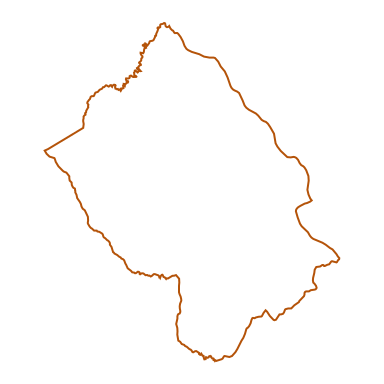 Marara, Tete, Mozambique
{"feature_id": "85939544B55684561557182", "entity_name": "Marara", "entity_type": "district", "adm_level": 2, "iso_a3": "MOZ", "parent_name": "Mozambique", "parent_adm1": "Tete", "projection": "equal_earth", "projection_center": [33.163, -16.054], "detail": "fine", "context": "isolated", "style": "outline", "palette": "amber", "viewbox_px": 384, "rotation_deg": 0, "n_neighbors": 0, "source": "geoboundaries", "source_scale": "gbopen_adm2", "svg_char_len": 5875}
<svg xmlns="http://www.w3.org/2000/svg" viewBox="0 0 384 384"><path d="M44.7,150.6L46.6,153.8L49.5,156.6L54.4,158.1L55.0,159.4L55.7,161.8L58.4,166.3L62.7,170.7L63.8,171.6L66.4,172.6L69.3,176.3L69.3,178.2L69.7,180.6L71.6,182.5L71.8,184.9L72.6,186.7L73.5,187.9L74.7,188.4L75.0,188.9L75.1,190.5L75.3,190.8L75.3,192.4L76.5,194.8L77.2,198.1L79.9,202.0L80.9,204.0L81.5,206.5L82.7,208.7L84.7,210.2L85.1,210.9L87.9,216.8L88.1,220.5L87.8,222.7L87.9,223.6L89.6,226.5L90.8,227.9L92.0,228.6L94.1,230.6L96.7,230.6L97.4,231.5L99.3,231.8L102.3,233.7L102.9,234.8L103.4,236.7L103.9,237.4L105.2,238.2L107.2,240.2L108.2,240.7L109.5,242.2L109.9,243.2L109.9,244.7L111.5,246.9L113.1,252.2L113.9,252.6L114.4,253.5L117.2,255.0L119.3,256.8L120.6,257.4L121.4,258.6L122.7,259.0L123.6,259.7L124.2,260.4L125.4,263.6L126.1,264.7L127.7,268.3L131.1,270.9L132.2,272.3L134.2,272.6L134.9,273.2L135.8,273.2L137.9,271.7L138.9,271.9L139.6,272.6L139.6,273.9L140.1,274.3L141.5,273.4L142.5,273.3L143.5,273.5L145.5,275.2L147.2,275.0L148.3,275.7L149.5,275.6L150.7,276.5L151.7,276.0L153.7,274.2L154.8,274.1L158.4,275.4L159.1,276.2L159.3,277.3L159.7,277.2L160.1,277.9L160.7,276.1L161.7,274.9L162.3,274.7L162.6,274.9L163.6,277.0L164.7,277.3L166.1,279.0L166.6,278.3L167.9,278.5L172.4,275.8L174.1,275.7L176.0,275.1L179.1,278.7L179.3,282.6L179.0,285.8L179.0,292.3L179.6,294.3L180.6,296.5L181.2,299.1L181.3,300.7L180.1,303.7L179.7,306.2L179.8,308.3L180.3,310.9L180.3,312.0L179.7,313.5L178.2,314.2L177.8,314.9L177.4,316.3L177.4,318.6L176.2,324.0L177.3,327.9L177.5,331.5L177.3,334.6L178.3,340.6L180.2,341.8L181.7,344.0L184.2,344.9L185.2,346.1L186.7,346.7L189.5,349.2L190.5,349.5L191.4,350.3L192.5,352.1L193.2,352.3L195.2,351.2L196.3,351.1L199.1,352.9L198.9,353.6L199.1,354.1L199.9,354.2L200.2,354.9L200.5,354.9L201.3,353.7L202.6,355.8L203.5,355.8L203.7,356.1L203.7,357.6L204.3,359.3L204.8,359.3L205.2,358.6L205.7,358.8L206.1,357.2L207.7,357.8L208.6,357.3L209.1,356.3L209.5,356.1L210.3,356.5L210.7,356.1L211.2,356.6L211.4,357.5L212.4,358.6L213.2,358.4L213.6,358.6L213.9,359.2L213.7,360.1L214.4,360.2L214.9,361.0L215.5,360.3L216.3,360.9L221.7,359.2L222.6,358.6L224.0,356.3L224.6,356.0L229.4,357.0L232.0,356.0L235.4,352.2L237.4,348.9L241.5,340.7L243.3,337.9L245.0,333.8L246.3,329.2L246.8,328.3L247.7,327.8L249.1,326.2L250.6,323.3L251.5,319.9L252.3,318.2L252.9,317.9L254.7,318.2L255.8,317.5L258.4,316.8L261.4,316.5L261.9,316.1L263.6,312.9L265.6,310.3L267.1,311.7L269.8,315.9L273.6,319.9L274.5,320.2L276.0,319.7L279.5,314.4L281.0,314.4L283.0,313.8L284.0,312.4L285.0,309.7L285.5,309.2L288.0,308.5L291.3,308.4L294.3,305.3L298.9,302.1L299.3,301.0L304.0,296.1L304.5,294.5L304.5,293.0L305.1,291.9L306.1,291.4L308.9,291.4L310.8,290.2L314.7,289.6L315.6,289.3L316.4,288.4L316.6,287.7L316.0,285.8L314.5,283.7L313.3,282.6L312.9,280.3L313.1,277.9L314.3,272.9L314.7,269.7L316.3,267.0L320.1,266.5L322.3,265.0L323.5,265.1L324.1,266.0L324.8,266.0L327.2,264.8L329.2,264.3L331.1,261.7L332.0,261.2L336.5,262.4L337.0,262.0L338.1,260.1L339.1,259.3L339.3,258.1L337.8,256.4L336.5,254.2L332.5,249.4L330.0,248.0L325.7,244.7L322.4,242.7L313.3,238.9L311.4,237.5L309.9,235.7L307.9,232.2L301.7,226.3L300.0,223.7L297.7,217.5L295.9,211.3L296.1,209.9L296.8,208.6L298.2,207.2L300.5,205.8L304.7,203.6L307.1,203.0L310.2,201.6L311.7,200.4L310.3,198.6L308.5,194.5L307.4,189.8L308.7,180.7L308.4,176.0L306.2,170.2L304.5,167.5L303.3,166.3L301.2,165.1L299.6,163.0L298.1,159.9L296.3,157.9L294.7,157.1L293.5,156.9L290.7,157.4L287.3,157.1L280.8,151.0L277.4,146.6L275.6,143.3L274.0,133.7L270.2,127.1L267.9,123.7L265.9,121.9L263.7,121.1L261.6,119.8L258.2,115.6L255.9,113.5L249.0,109.8L246.3,107.7L244.6,105.5L242.6,100.4L239.1,93.0L237.2,91.6L234.5,90.4L232.9,89.4L231.4,87.7L230.4,85.7L227.6,77.5L224.8,71.4L220.7,66.5L218.2,61.6L215.0,58.0L213.6,57.6L209.5,57.6L204.0,56.6L199.3,54.2L191.8,51.9L188.1,50.1L186.4,48.8L184.5,45.8L182.9,41.3L180.6,37.0L178.2,33.8L177.2,33.0L174.9,33.1L174.3,32.7L173.1,30.7L172.2,30.3L170.5,28.6L169.2,26.0L168.5,26.8L167.4,27.1L166.8,27.1L166.1,26.6L165.6,26.0L165.1,23.4L164.8,23.2L164.1,23.0L163.0,23.8L160.7,24.3L160.2,25.0L160.2,27.1L159.5,27.6L158.2,27.3L157.7,27.7L157.5,28.0L158.3,28.6L157.4,31.3L156.2,33.9L156.1,35.5L155.9,35.8L155.3,35.7L155.1,35.9L155.0,37.1L153.5,40.1L152.6,40.7L150.0,41.2L149.6,41.6L149.2,43.0L147.2,45.8L146.6,45.9L146.5,45.0L145.8,43.7L145.2,43.4L144.9,44.3L144.2,44.3L142.8,45.1L142.8,45.5L143.2,45.8L144.5,45.5L144.6,47.0L146.0,47.4L146.1,47.8L144.8,48.3L144.2,49.1L143.8,52.1L143.2,53.2L140.6,52.7L140.6,53.6L141.6,55.5L142.4,56.2L142.5,56.9L142.3,57.6L141.5,58.3L141.2,59.0L141.3,60.1L140.8,61.1L139.1,62.5L139.1,62.9L140.7,64.2L140.9,64.6L140.8,65.1L139.7,65.4L138.4,66.7L138.5,68.0L137.2,67.9L136.9,68.1L137.0,68.7L137.4,69.0L138.4,68.9L138.9,69.1L140.7,71.1L140.1,71.2L138.6,70.6L138.2,71.2L137.9,72.3L137.6,72.5L135.4,70.4L134.8,70.6L134.8,71.6L134.0,72.7L134.3,74.0L134.2,75.2L134.7,75.6L135.9,76.0L136.4,76.7L136.2,76.9L133.3,77.0L132.5,76.7L131.3,75.7L130.3,75.7L129.6,76.2L129.7,77.6L129.3,78.1L128.3,78.5L126.1,78.4L125.9,79.2L126.8,81.9L127.1,81.8L127.4,81.2L127.8,81.1L128.1,81.4L128.1,82.0L127.8,82.6L126.4,83.0L125.6,84.1L123.8,83.9L123.9,84.5L124.9,85.9L124.8,86.2L123.9,85.4L123.1,85.5L123.4,88.2L122.0,88.6L121.2,88.4L121.0,88.5L121.4,89.6L120.7,90.9L120.0,89.9L119.3,89.5L118.6,89.9L117.9,89.0L117.1,89.3L116.6,88.8L115.5,88.7L115.0,86.9L115.6,85.6L115.3,85.0L114.0,84.7L112.5,85.7L112.1,86.8L111.7,86.4L111.4,85.3L110.9,85.1L110.1,85.3L109.3,86.3L108.6,86.6L106.6,85.4L106.0,85.3L104.1,87.1L103.0,87.2L102.0,88.7L99.6,89.8L97.8,91.9L95.5,92.6L95.0,93.3L94.3,95.1L93.7,96.1L91.6,96.2L90.7,96.8L89.9,99.1L89.1,99.8L87.4,102.2L87.3,103.2L88.4,104.7L88.0,106.1L88.3,107.2L86.2,110.8L86.1,112.2L85.1,113.2L85.2,113.7L85.5,114.0L85.5,114.7L84.4,115.4L83.6,116.5L83.6,118.3L83.2,119.9L83.2,121.3L83.7,124.0L83.2,127.9L48.0,149.1L44.7,150.6Z" fill="none" stroke="#b45309" stroke-width="2"/></svg>